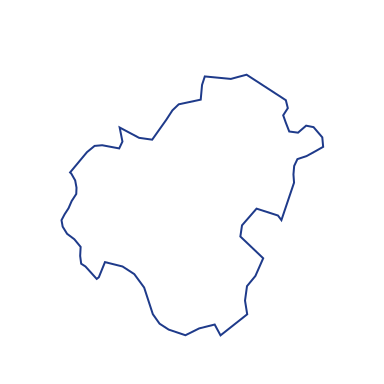 outline of Hongseong-gun, South Chungcheong, South Korea, rotated 123°
{"feature_id": "91817680B43357769940671", "entity_name": "Hongseong-gun", "entity_type": "district", "adm_level": 2, "iso_a3": "KOR", "parent_name": "South Korea", "parent_adm1": "South Chungcheong", "projection": "equal_earth", "projection_center": [126.624, 36.558], "detail": "fine", "context": "isolated", "style": "outline", "palette": "blue", "viewbox_px": 384, "rotation_deg": 123, "n_neighbors": 0, "source": "geoboundaries", "source_scale": "gbopen_adm2", "svg_char_len": 1064}
<svg xmlns="http://www.w3.org/2000/svg" viewBox="0 0 384 384"><g transform="rotate(123 192 192)"><path d="M166.9,101.7L128.6,111.5L122.0,116.5L114.5,120.5L107.0,121.5L99.5,115.5L90.2,110.5L82.7,106.6L75.2,112.5L71.4,125.4L74.2,132.4L84.5,135.4L88.3,143.4L82.6,151.3L78.0,157.3L69.5,157.3L63.9,163.3L63.9,175.2L63.9,191.1L63.9,201.1L63.9,210.1L70.4,216.0L76.0,221.0L88.1,244.2L96.7,241.9L109.8,235.0L125.7,250.9L134.2,252.9L145.4,252.9L169.8,253.9L175.4,265.9L177.3,287.8L187.6,277.8L195.1,276.8L201.7,292.8L206.4,298.8L215.8,301.8L242.0,304.9L242.3,303.3L245.9,296.3L251.3,291.2L256.7,288.0L265.1,288.0L272.9,286.7L280.1,286.7L286.7,286.1L291.5,281.6L295.1,274.0L295.7,265.0L298.7,255.5L306.5,251.0L312.5,245.9L312.5,240.8L316.8,224.6L314.3,223.7L298.2,226.8L292.3,209.7L292.3,195.7L298.2,180.1L307.0,169.2L315.8,158.3L320.1,147.5L320.1,136.6L315.7,119.5L302.5,111.7L290.8,100.8L296.7,90.0L264.5,79.1L254.2,88.4L241.0,94.6L227.9,93.1L208.8,96.2L203.0,127.2L192.7,131.9L170.8,128.8L164.9,107.1L166.9,101.7Z" fill="none" stroke="#1e3a8a" stroke-width="2"/></g></svg>